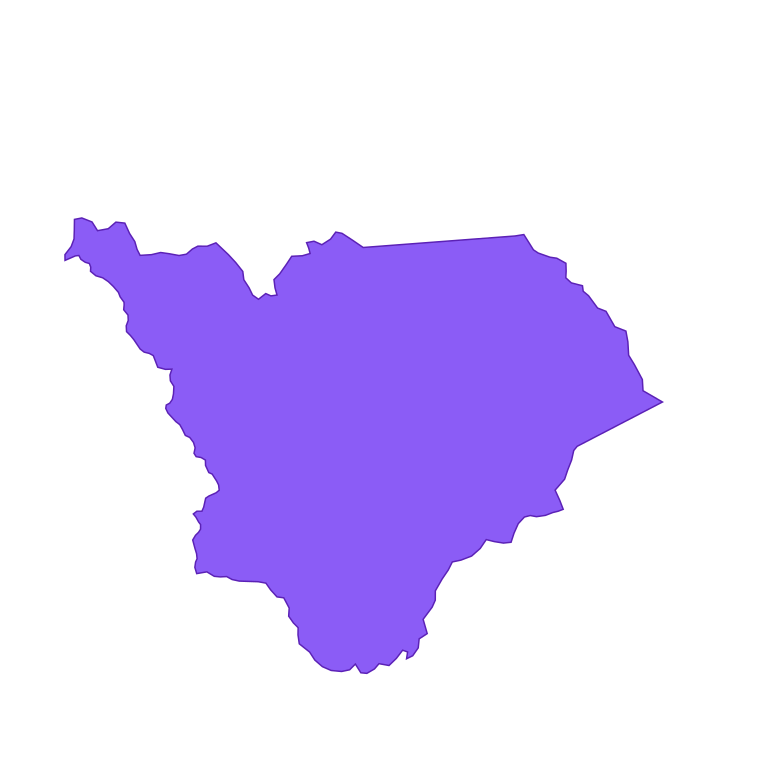 the district of Jelebu, Negeri Sembilan, Malaysia, rotated 339°
{"feature_id": "92858781B14475732449391", "entity_name": "Jelebu", "entity_type": "district", "adm_level": 2, "iso_a3": "MYS", "parent_name": "Malaysia", "parent_adm1": "Negeri Sembilan", "projection": "albers", "projection_center": [102.051, 3.062], "detail": "fine", "context": "isolated", "style": "filled", "palette": "violet", "viewbox_px": 768, "rotation_deg": 339, "n_neighbors": 0, "source": "geoboundaries", "source_scale": "gbopen_adm2", "svg_char_len": 2799}
<svg xmlns="http://www.w3.org/2000/svg" viewBox="0 0 768 768"><g transform="rotate(339 384 384)"><path d="M130.5,154.3L141.8,153.8L145.2,154.7L145.7,159.0L148.7,163.3L152.1,165.9L152.1,169.8L150.4,173.6L153.8,179.7L159.4,184.0L163.3,189.6L166.3,196.0L168.9,203.3L168.9,208.1L170.6,214.5L169.7,217.1L167.6,221.4L169.7,227.9L168.0,233.0L164.2,237.3L162.4,242.9L164.6,247.7L166.3,252.8L168.9,264.0L171.5,268.3L175.8,271.3L178.8,274.8L178.8,280.8L178.8,287.3L185.2,292.0L191.3,294.1L187.4,298.9L185.7,304.5L187.0,310.9L183.9,317.8L180.9,322.5L177.1,325.1L173.2,325.6L171.5,328.6L171.9,333.7L176.2,344.5L178.8,348.8L179.6,354.4L180.1,360.8L183.5,364.3L185.2,370.3L184.8,375.9L181.8,380.6L182.6,384.5L186.9,387.1L190.0,391.0L188.2,396.1L188.7,403.9L191.3,406.5L193.0,414.7L193.4,419.0L192.1,424.1L188.2,425.4L180.5,425.8L176.6,426.7L171.5,434.4L168.4,437.5L163.7,435.7L159.4,437.0L160.7,440.9L161.5,446.5L162.4,449.5L160.7,453.8L157.7,456.0L153.8,457.7L149.5,461.1L148.6,469.7L148.2,475.3L146.9,480.1L144.3,482.7L141.7,487.4L141.2,493.9L151.3,495.9L156.6,502.7L162.0,505.4L168.1,507.4L172.1,512.1L178.2,516.1L186.2,519.5L195.7,523.5L202.4,527.6L204.4,535.6L207.8,544.4L213.8,547.7L215.2,559.2L211.8,566.6L213.8,574.6L216.5,580.7L213.8,587.4L211.8,596.2L218.5,607.6L220.5,617.0L225.2,625.8L232.0,632.5L241.4,637.2L249.5,638.5L256.9,635.2L258.9,645.3L264.3,648.0L273.0,646.6L279.1,643.3L287.8,648.6L297.2,644.6L306.0,639.2L310.0,642.6L306.6,648.6L313.4,648.0L321.4,642.6L325.5,634.5L334.9,632.5L336.2,617.7L349.0,609.6L354.4,604.2L357.8,595.5L368.5,586.8L377.3,580.7L384.0,574.6L392.7,576.0L404.2,576.0L414.9,572.0L423.7,565.9L430.4,570.6L438.5,575.3L445.9,577.3L451.9,569.9L459.3,562.5L467.4,558.5L473.4,559.2L478.8,562.5L487.6,564.5L495.6,564.5L501.0,565.2L506.4,565.2L506.4,555.8L505.7,544.4L518.5,537.6L524.6,530.2L531.9,522.2L537.3,514.1L542.0,511.4L637.5,500.6L623.4,483.1L626.8,472.4L624.7,455.6L622.7,444.8L626.8,432.0L628.8,421.3L620.0,413.2L617.3,395.7L610.6,389.6L606.6,374.9L603.2,368.8L604.5,363.4L595.1,356.7L591.8,350.0L594.5,343.9L597.1,336.5L590.4,328.5L584.4,325.1L574.9,317.0L571.6,312.3L568.1,294.6L559.5,292.8L413.5,249.1L406.1,238.4L398.8,228.3L393.4,224.9L386.0,229.6L375.9,231.7L369.8,225.6L362.4,224.3L362.4,230.3L361.8,235.7L353.7,235.0L343.6,231.7L336.2,237.0L326.1,243.8L318.7,247.1L316.7,255.2L316.0,262.6L310.0,261.2L306.0,257.2L297.2,259.9L293.2,253.9L292.5,245.8L290.5,236.4L292.5,228.3L289.1,217.5L285.1,207.5L277.7,192.0L268.3,192.0L259.6,188.6L253.5,189.3L246.1,192.0L238.7,190.6L230.0,185.3L222.6,181.2L213.2,179.9L202.4,176.5L201.7,169.8L202.4,161.7L200.4,152.3L199.7,140.9L191.7,136.8L182.2,140.2L171.5,138.2L169.5,128.1L161.4,120.7L154.0,119.4L150.0,129.4L146.6,137.5L141.2,143.6L132.5,148.9L130.5,154.3Z" fill="#8b5cf6" stroke="#5b21b6" stroke-width="1.5"/></g></svg>